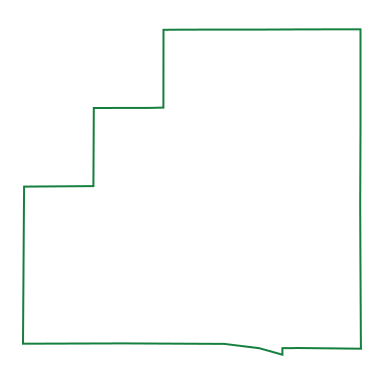 outline of Winston, Mississippi, United States of America
{"feature_id": "52423323B31713445578936", "entity_name": "Winston", "entity_type": "district", "adm_level": 2, "iso_a3": "USA", "parent_name": "United States of America", "parent_adm1": "Mississippi", "projection": "equal_earth", "projection_center": [-89.02, 33.103], "detail": "fine", "context": "isolated", "style": "outline", "palette": "green", "viewbox_px": 384, "rotation_deg": 0, "n_neighbors": 0, "source": "geoboundaries", "source_scale": "gbopen_adm2", "svg_char_len": 461}
<svg xmlns="http://www.w3.org/2000/svg" viewBox="0 0 384 384"><path d="M177.2,29.7L163.5,29.8L163.4,107.6L150.1,107.9L93.8,108.0L93.6,147.2L93.4,186.1L24.1,186.6L23.8,225.0L23.0,343.7L123.6,343.4L224.2,343.9L259.2,348.2L282.4,354.7L282.4,348.1L288.9,348.1L293.1,348.1L297.1,348.0L361.0,348.7L360.9,347.4L360.4,252.1L360.2,204.0L360.5,129.3L360.5,29.3L302.4,29.4L301.7,29.4L258.7,29.6L206.9,29.6L177.2,29.7Z" fill="none" stroke="#15803d" stroke-width="2"/></svg>